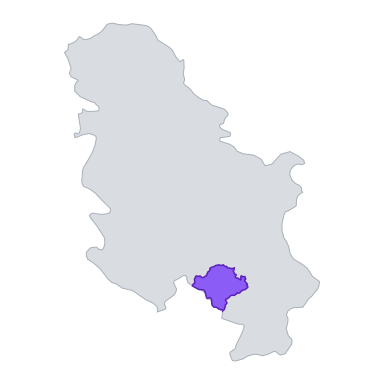 where Toplicki sits in Republic of Serbia
{"feature_id": "SRB-835", "entity_name": "Toplicki", "entity_type": "District", "adm_level": 1, "iso_a3": "SRB", "parent_name": "Republic of Serbia", "parent_adm1": "", "projection": "mercator", "projection_center": [21.443, 43.114], "detail": "fine", "context": "in_parent", "style": "filled", "palette": "violet", "viewbox_px": 384, "rotation_deg": 0, "n_neighbors": 0, "source": "natural_earth", "source_scale": "10m", "svg_char_len": 7861}
<svg xmlns="http://www.w3.org/2000/svg" viewBox="0 0 384 384"><path d="M219.9,141.1L229.9,144.3L234.5,147.3L236.9,151.2L243.3,153.8L253.7,155.1L261.0,159.1L265.1,165.8L271.7,164.2L280.9,154.2L290.0,151.6L298.9,156.4L303.8,160.3L304.6,163.4L302.5,164.6L297.6,164.0L293.5,166.0L290.3,170.3L289.8,175.0L292.0,180.0L295.2,183.4L299.3,185.3L301.4,187.9L301.7,191.2L302.8,192.1L300.5,193.6L297.9,195.8L296.5,199.7L296.2,206.0L288.2,210.9L285.3,211.8L283.9,215.1L281.9,224.3L282.1,231.2L283.2,234.7L283.7,237.6L286.2,241.1L288.6,246.4L290.1,253.5L293.5,259.0L302.3,264.4L306.6,267.5L309.9,272.1L312.3,276.2L319.5,281.6L319.0,285.5L317.4,289.3L315.7,291.1L312.1,295.9L308.6,298.7L302.9,307.2L293.7,307.7L291.6,308.4L288.1,310.7L286.4,315.0L288.0,318.4L287.9,321.9L286.2,328.6L288.4,335.8L291.6,339.1L292.1,341.0L291.6,344.4L286.8,351.2L285.3,353.7L280.5,355.0L278.9,354.3L276.4,352.0L274.1,351.3L268.4,354.1L262.5,355.8L257.9,354.5L253.4,354.3L250.3,355.4L247.9,355.9L243.2,358.8L235.8,361.0L232.4,360.5L231.1,357.7L229.7,353.8L230.3,352.0L235.3,348.8L235.8,345.9L242.7,331.5L244.0,326.8L244.1,325.2L242.3,324.2L238.5,324.2L221.8,318.4L222.5,311.6L217.6,308.0L212.3,304.8L211.4,301.2L205.5,293.8L201.2,289.7L195.7,287.7L190.9,284.7L188.1,282.8L186.8,279.4L186.8,277.4L185.4,275.4L183.1,275.6L179.2,278.3L174.4,280.7L173.6,282.4L175.3,286.5L176.6,289.0L176.0,291.5L174.5,294.6L165.3,301.4L164.3,303.8L166.0,307.7L164.9,309.4L157.3,311.9L157.5,309.9L157.0,306.5L152.6,302.9L146.4,300.1L132.6,290.6L127.3,289.3L122.5,288.2L115.7,283.6L112.3,282.8L108.4,279.5L99.9,268.5L92.8,262.5L87.9,259.4L86.5,256.4L86.2,253.4L86.4,252.3L90.1,248.0L92.9,247.3L96.6,247.2L99.0,249.4L102.2,249.9L104.0,247.1L104.9,243.0L104.5,237.8L96.8,225.8L90.2,217.3L89.5,215.5L90.9,213.9L93.2,213.0L95.7,213.7L102.1,214.4L108.3,213.6L110.4,211.5L110.4,208.7L108.1,206.2L100.9,199.2L95.3,193.1L88.7,188.4L83.7,186.5L82.3,184.1L81.7,181.5L82.2,176.8L82.5,170.8L83.7,167.1L88.1,160.0L92.4,152.4L95.0,145.1L96.4,138.4L95.9,136.4L93.7,135.0L89.0,133.5L82.5,134.8L77.0,137.2L74.8,137.4L74.1,134.4L75.0,133.1L76.7,133.2L78.1,133.8L79.6,132.4L80.5,128.3L78.3,114.1L82.4,112.8L82.4,110.7L82.8,108.9L87.1,111.4L93.1,111.4L98.3,110.9L99.1,109.5L99.0,107.5L97.9,105.9L96.1,104.6L94.7,102.6L91.2,101.7L80.1,96.6L74.7,91.1L74.8,85.3L76.4,82.1L78.3,80.9L77.8,79.9L71.5,77.1L69.3,73.4L71.1,68.5L67.9,58.7L64.5,52.6L67.8,50.0L68.3,46.3L68.5,44.1L69.9,44.2L75.3,41.7L77.3,39.6L78.5,37.2L79.8,36.6L83.4,39.2L87.2,39.5L91.5,37.8L94.7,35.5L98.6,33.7L100.3,32.4L102.6,30.3L107.1,24.3L112.2,23.0L119.0,24.6L126.4,25.1L132.0,23.7L146.0,25.5L149.0,26.9L150.9,28.4L154.6,33.6L158.1,40.3L163.0,43.3L168.9,47.0L171.9,49.6L176.3,57.6L179.8,61.5L180.9,61.3L182.1,60.3L182.9,59.5L183.8,60.2L183.9,62.6L184.1,68.0L183.2,73.7L184.5,79.0L184.5,80.7L183.6,82.2L183.8,83.6L185.0,85.1L189.7,88.6L194.1,94.1L199.1,97.9L203.8,100.4L206.8,100.5L211.6,105.0L221.2,108.1L224.3,109.2L226.4,111.0L227.9,113.1L228.0,115.4L226.5,116.4L224.5,119.5L223.6,123.2L222.1,124.1L220.6,124.2L219.4,125.3L219.7,126.8L221.0,128.4L222.9,129.7L226.8,131.1L230.5,133.1L230.5,134.7L229.7,136.4L224.9,137.1L221.4,137.4L219.7,138.1L219.9,141.1Z" fill="#d9dde1" stroke="#a8b0b8" stroke-width="1"/><path d="M197.3,288.7L192.3,285.8L192.4,285.5L192.8,284.8L193.1,284.4L193.4,283.9L193.5,283.8L193.7,283.6L194.2,283.4L194.3,283.4L194.4,283.2L194.9,282.7L194.9,282.4L194.8,282.0L194.7,281.8L194.7,281.6L194.6,280.6L194.5,279.9L194.5,279.4L194.5,279.0L194.5,278.8L194.7,278.5L195.2,277.9L195.6,277.4L195.6,277.2L195.6,276.8L195.5,276.5L195.6,276.4L195.9,276.2L196.4,276.0L196.7,275.9L196.9,275.9L197.0,276.0L197.5,276.2L197.8,276.4L198.2,276.5L198.4,276.5L198.7,276.4L199.2,276.3L199.6,276.0L199.8,275.9L200.0,276.0L200.4,276.2L200.7,276.4L200.8,276.4L200.9,276.5L201.0,276.6L201.1,277.0L201.3,277.2L201.8,277.4L201.9,277.5L202.1,277.5L202.6,277.6L202.9,277.6L203.1,277.5L203.5,277.3L204.0,277.2L204.6,276.7L204.9,276.5L205.2,276.3L205.7,276.1L205.8,276.1L205.9,275.9L206.1,275.8L206.2,275.4L206.3,275.2L206.5,275.1L206.8,275.0L206.9,274.9L207.0,274.7L207.0,274.4L207.0,273.9L207.1,273.7L207.5,273.1L207.6,272.8L207.7,272.2L207.8,272.1L208.1,271.8L208.7,271.4L209.1,271.0L209.5,270.8L209.6,270.6L209.8,270.4L209.9,270.2L210.0,270.0L210.0,269.6L209.8,269.0L209.8,268.8L209.8,268.7L210.0,268.3L210.1,268.2L210.3,268.0L210.6,267.8L210.7,267.7L210.8,267.6L211.3,267.4L212.2,267.1L212.8,267.1L213.1,267.0L214.2,266.4L215.5,265.6L216.0,265.4L216.4,265.3L217.3,265.3L217.5,265.2L218.0,265.1L218.3,264.9L218.6,264.8L218.8,264.8L219.7,265.0L220.0,265.2L220.5,265.4L220.7,265.5L220.9,265.5L221.0,265.5L221.4,265.4L221.8,265.3L222.3,265.3L222.6,265.3L222.6,265.2L222.9,264.9L223.1,264.9L223.3,264.9L223.5,265.0L223.8,265.2L223.9,265.3L224.1,265.8L224.2,266.0L224.4,266.1L224.8,266.3L225.2,266.5L225.4,266.5L225.6,266.5L226.0,266.5L226.6,266.4L227.2,267.3L227.6,267.9L227.7,268.0L227.9,268.1L228.1,268.1L228.7,268.0L229.1,268.0L229.3,268.0L229.5,268.0L230.1,268.2L230.3,268.2L230.8,268.4L231.0,268.5L231.5,268.5L232.1,268.5L232.6,268.5L232.8,268.5L233.2,268.3L234.3,267.9L234.2,269.1L234.2,269.3L234.0,269.7L233.8,270.1L233.7,270.4L233.4,270.7L233.4,270.8L233.3,271.0L233.4,271.3L233.6,271.7L233.7,271.8L233.8,272.1L233.9,272.5L234.0,272.8L234.3,273.1L234.4,273.4L234.5,273.7L234.6,273.8L234.8,274.0L235.0,274.2L235.1,274.3L235.7,274.4L235.9,274.4L236.0,274.5L236.3,274.9L236.3,275.0L236.2,275.1L236.1,275.3L235.7,275.6L235.6,275.8L235.4,276.0L235.3,276.3L235.3,276.5L235.4,276.9L235.6,277.2L235.7,277.4L235.8,277.5L236.1,277.7L236.3,277.8L236.5,277.9L236.8,277.9L237.7,278.1L237.9,278.1L238.1,278.2L238.3,278.4L238.5,278.6L238.7,278.8L239.3,279.1L240.0,279.7L240.1,279.8L240.4,279.9L240.5,279.8L240.8,279.7L240.9,279.4L240.9,279.2L240.8,278.9L240.7,278.5L240.7,278.3L240.7,278.1L240.8,277.5L240.8,276.8L240.9,276.6L240.9,276.4L241.0,276.2L241.3,275.9L241.5,275.8L241.9,276.0L242.0,276.2L242.2,276.4L242.3,276.5L242.6,276.7L242.8,276.7L243.1,276.7L243.3,276.6L243.5,276.7L244.1,276.8L244.3,276.8L244.6,276.8L244.9,276.6L245.2,277.8L245.3,278.1L245.4,278.3L245.7,278.7L245.7,278.9L245.7,279.0L245.6,279.3L245.4,279.4L245.0,279.7L244.7,279.9L244.7,280.0L244.6,280.3L244.6,280.5L244.7,280.8L245.1,281.2L245.3,281.6L245.5,281.8L246.2,282.6L246.3,282.8L246.8,283.5L247.2,284.1L247.3,284.1L247.3,284.3L247.2,284.5L246.7,284.8L246.5,285.0L246.5,285.3L246.6,285.5L246.8,285.6L247.1,285.8L247.3,285.8L247.7,286.4L247.9,286.7L247.9,286.9L247.9,287.0L247.4,287.5L247.1,288.0L246.6,288.4L245.4,289.4L245.2,289.5L244.6,289.7L244.3,289.8L243.7,289.9L243.4,289.9L243.0,290.1L242.3,290.5L241.5,290.9L241.4,291.1L241.1,291.3L240.7,291.8L240.4,292.1L240.1,292.4L239.9,292.7L239.8,292.8L239.2,293.0L238.7,293.2L238.5,293.3L238.4,293.4L238.2,293.4L237.7,293.0L237.4,292.9L237.1,292.9L236.8,293.1L236.7,293.1L236.6,293.3L236.4,293.9L236.3,294.0L236.2,294.1L235.4,294.6L234.9,295.1L234.7,295.2L234.4,295.3L234.2,295.3L233.9,295.3L231.9,295.3L231.6,295.3L231.4,295.4L231.1,295.5L230.9,295.6L230.7,295.7L230.0,296.2L229.9,296.4L229.8,296.5L229.4,297.1L229.3,297.3L228.9,297.6L228.6,297.8L227.0,298.9L226.4,299.1L225.6,299.5L225.4,299.7L225.4,299.8L225.5,300.0L225.7,300.4L225.9,301.0L226.0,301.1L226.3,301.4L226.3,301.5L226.5,302.0L226.8,302.7L226.9,302.8L226.9,303.0L226.9,303.3L226.5,303.7L226.4,303.8L226.3,304.1L226.2,304.2L226.1,304.3L225.8,304.4L225.6,304.6L225.4,304.8L225.3,305.0L225.4,305.5L225.3,306.1L225.3,306.3L225.3,306.6L225.3,306.8L225.2,307.0L224.8,307.5L224.7,307.7L224.7,307.9L224.7,308.3L224.6,308.5L224.4,309.3L222.9,310.8L222.9,310.3L222.3,309.7L221.0,309.6L219.1,309.2L218.4,308.8L217.2,307.8L216.6,307.4L215.9,307.2L214.4,307.2L213.7,307.0L212.0,305.0L211.7,302.3L211.6,299.7L210.6,297.8L209.6,297.6L208.7,298.3L207.9,298.7L206.8,298.1L206.3,297.0L205.3,292.6L204.4,290.6L203.4,289.8L199.3,289.6L198.0,289.1L197.3,288.7Z" fill="#8b5cf6" stroke="#5b21b6" stroke-width="1.5"/></svg>